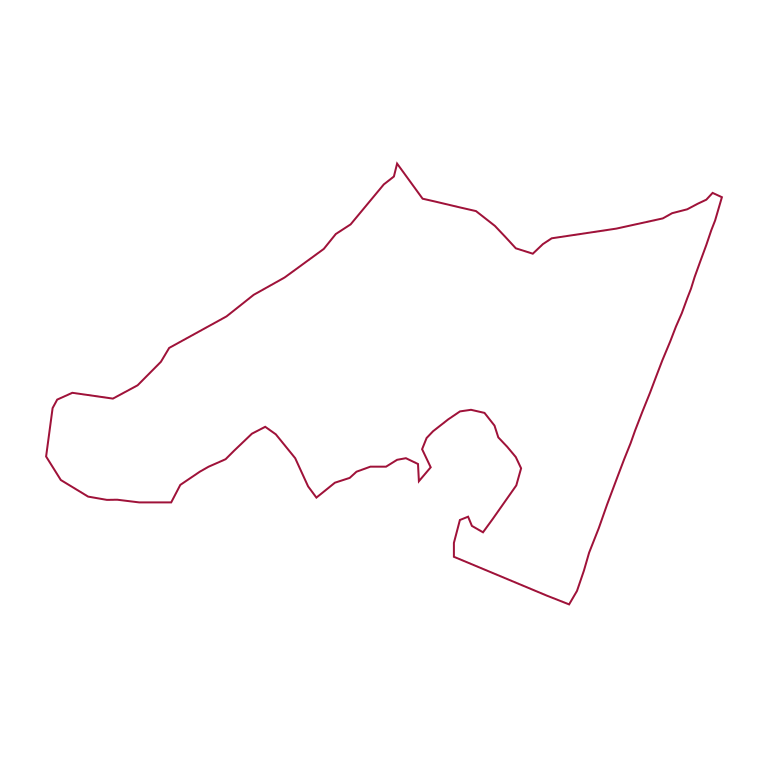 outline of Tramandaí, Rio Grande do Sul, Brazil
{"feature_id": "56859067B87870608767085", "entity_name": "Tramandaí", "entity_type": "district", "adm_level": 2, "iso_a3": "BRA", "parent_name": "Brazil", "parent_adm1": "Rio Grande do Sul", "projection": "mercator", "projection_center": [-50.215, -30.032], "detail": "fine", "context": "isolated", "style": "outline", "palette": "rose", "viewbox_px": 768, "rotation_deg": 0, "n_neighbors": 0, "source": "geoboundaries", "source_scale": "gbopen_adm2", "svg_char_len": 1429}
<svg xmlns="http://www.w3.org/2000/svg" viewBox="0 0 768 768"><path d="M569.1,604.4L577.0,590.9L583.9,570.7L589.1,552.7L598.8,528.1L607.1,504.5L617.3,477.3L624.1,459.4L630.6,443.2L635.1,430.5L642.5,411.4L650.0,392.8L656.3,376.1L662.4,360.2L670.2,341.5L675.9,326.7L681.8,313.2L687.4,297.9L691.0,288.7L694.6,277.1L700.2,261.6L706.3,245.0L711.3,230.2L715.1,220.5L721.9,197.2L712.6,192.9L706.3,199.7L697.8,203.7L687.2,209.3L672.1,213.2L662.8,218.4L616.4,228.6L551.7,238.3L542.9,244.1L532.8,253.7L515.8,248.3L505.5,237.1L494.9,225.9L476.0,211.1L459.0,207.2L434.5,201.4L422.6,198.7L397.1,163.6L393.9,176.5L383.8,184.4L350.6,224.4L335.8,234.0L323.8,248.9L284.6,277.5L253.7,294.8L226.5,316.4L169.2,347.9L160.9,361.8L137.6,385.3L112.9,398.6L72.3,392.8L57.2,399.6L52.6,408.1L46.1,456.5L60.8,480.0L88.1,496.6L107.0,499.9L117.1,499.7L139.2,502.4L171.2,502.4L180.3,484.9L199.8,471.7L208.6,466.7L216.8,463.1L225.6,459.2L233.9,450.9L251.9,433.7L265.2,426.8L275.8,434.3L295.2,458.2L308.1,486.4L316.4,497.6L334.9,482.7L349.7,477.9L356.5,471.7L370.3,466.7L386.0,466.7L397.1,459.8L405.9,458.2L418.0,464.0L418.9,481.2L430.7,467.3L422.1,449.2L426.6,438.0L433.1,431.2L448.3,419.3L460.0,411.4L471.0,409.8L484.5,412.9L494.5,425.6L498.3,437.4L507.3,446.9L515.8,457.1L521.1,468.3L516.3,485.4L492.7,519.0L483.0,532.3L471.9,525.9L468.1,516.7L459.9,520.0L453.9,542.9L453.9,556.8L547.0,595.7L569.1,604.4Z" fill="none" stroke="#9f1239" stroke-width="2"/></svg>